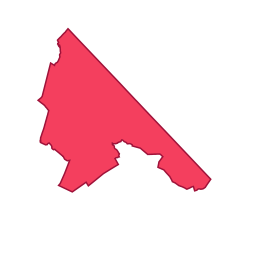 outline of Amatenango de la Frontera, Chiapas, Mexico, rotated 287°
{"feature_id": "50627088B96340136292286", "entity_name": "Amatenango de la Frontera", "entity_type": "district", "adm_level": 2, "iso_a3": "MEX", "parent_name": "Mexico", "parent_adm1": "Chiapas", "projection": "albers", "projection_center": [-92.105, 15.523], "detail": "fine", "context": "isolated", "style": "filled", "palette": "rose", "viewbox_px": 256, "rotation_deg": 287, "n_neighbors": 0, "source": "geoboundaries", "source_scale": "gbopen_adm2", "svg_char_len": 4091}
<svg xmlns="http://www.w3.org/2000/svg" viewBox="0 0 256 256"><g transform="rotate(287 128 128)"><path d="M88.6,48.6L88.3,50.4L88.0,52.6L87.8,54.2L88.5,55.6L89.2,55.7L89.8,56.0L90.6,57.0L89.1,59.5L88.1,60.5L86.4,61.1L85.8,62.1L85.5,63.3L86.2,64.2L85.9,64.9L85.6,65.4L85.4,66.0L85.2,66.4L84.9,67.2L84.6,67.9L84.4,68.3L84.3,68.7L84.1,69.1L83.9,69.5L83.8,69.8L83.6,70.2L83.4,70.6L83.3,71.0L82.8,72.1L82.6,72.4L82.5,72.9L82.3,73.3L82.1,73.7L82.0,74.0L81.9,74.0L81.9,74.3L81.5,74.7L79.7,76.5L79.1,78.6L79.0,79.1L78.9,79.4L79.1,79.9L80.0,81.7L66.0,80.7L55.1,79.4L52.8,78.4L50.6,93.4L63.9,103.8L61.1,107.0L65.5,110.0L77.3,117.9L84.0,123.8L90.3,129.4L95.0,124.5L95.7,125.0L96.1,125.4L96.4,125.9L96.7,126.8L97.0,127.0L97.5,127.2L97.8,127.6L97.9,128.0L98.6,127.5L99.0,127.3L99.4,127.2L99.8,127.2L100.3,127.3L100.8,127.3L101.0,127.1L101.2,126.6L101.8,126.0L102.2,125.6L102.7,125.0L103.3,124.3L104.0,123.3L104.1,122.6L104.3,121.9L104.4,121.6L104.7,121.1L105.3,120.7L105.7,120.5L106.2,120.4L106.8,120.0L107.1,119.3L107.3,118.6L107.5,118.0L108.5,117.6L108.9,117.5L108.7,118.4L108.7,118.7L109.4,120.8L109.8,121.4L110.5,122.4L110.6,122.5L111.0,122.5L111.6,123.2L111.9,123.6L113.0,125.2L113.5,125.2L113.8,125.2L114.2,125.3L114.8,125.5L114.9,126.0L114.8,126.5L114.7,126.7L114.5,127.2L114.3,127.6L114.2,127.8L113.9,128.2L113.8,129.0L113.8,129.5L113.8,129.9L113.7,130.2L113.5,130.7L113.3,131.1L113.2,131.2L113.2,131.3L112.7,131.9L112.8,132.3L113.0,132.9L113.2,133.2L113.3,133.4L113.5,134.0L113.7,134.8L113.6,135.3L113.5,135.6L113.4,136.0L113.2,136.9L113.0,137.0L112.6,137.2L112.1,137.3L112.3,144.9L112.3,145.7L108.5,154.6L110.1,159.3L110.4,160.0L110.9,161.6L111.2,162.5L111.5,163.2L112.1,165.2L112.3,165.5L112.3,166.7L111.9,167.4L111.7,167.8L111.3,168.6L110.7,169.7L109.6,169.2L109.4,169.2L108.0,168.7L106.5,168.2L104.6,167.5L104.0,167.6L102.2,167.8L100.2,168.0L99.2,168.1L98.9,170.3L98.8,171.4L98.6,172.9L98.5,174.4L97.6,175.8L96.7,177.2L95.8,178.7L95.0,180.1L94.4,181.0L94.2,181.4L94.0,182.0L93.3,182.6L92.2,183.8L92.0,184.0L90.9,185.1L89.6,186.2L89.6,186.9L89.3,188.6L89.3,189.2L88.8,190.5L88.2,192.3L87.8,193.3L87.8,194.0L87.7,195.0L87.7,195.5L87.7,196.6L87.6,197.3L87.4,198.9L87.3,199.8L87.1,200.3L86.7,202.1L87.1,202.7L87.4,203.0L87.9,203.6L88.7,204.6L88.8,204.7L89.6,205.4L90.0,205.9L90.6,206.6L91.2,207.6L90.2,208.3L89.3,208.9L88.5,209.4L87.9,209.8L87.4,210.1L88.0,211.1L88.8,212.1L89.9,212.7L90.5,213.5L90.6,213.8L90.7,215.2L91.0,216.0L91.2,216.5L91.4,216.9L91.9,217.6L92.1,217.9L92.8,218.4L93.7,219.1L93.8,219.2L95.2,219.6L95.5,219.7L96.9,220.1L98.8,220.7L101.3,221.5L103.2,222.1L135.4,165.3L146.9,144.8L155.4,129.9L156.2,128.5L157.1,126.8L160.5,120.9L163.5,115.6L169.8,104.6L198.0,54.6L205.2,42.0L205.4,41.6L203.5,40.8L201.8,40.1L201.4,40.1L200.2,39.3L199.8,39.1L199.4,38.9L199.0,38.7L198.8,38.6L198.7,38.5L198.3,38.3L198.0,38.2L197.4,37.9L197.2,37.8L196.0,37.3L194.8,36.6L194.3,36.3L193.7,36.0L192.3,35.3L191.5,34.9L191.4,34.9L191.0,35.1L190.2,36.0L189.7,36.6L189.3,36.6L188.5,36.5L188.3,36.1L188.0,36.2L187.8,36.2L187.7,36.5L187.2,36.7L187.0,36.9L187.0,37.2L187.2,37.5L187.1,37.8L186.9,38.0L186.7,38.2L186.5,37.9L186.4,37.7L186.2,37.7L185.9,38.0L185.7,38.3L185.6,38.8L185.9,39.1L186.0,39.1L185.7,39.3L185.4,39.2L185.1,39.3L185.1,39.6L184.7,39.8L184.4,39.9L183.9,40.0L183.3,40.3L182.4,40.6L181.8,40.7L181.1,41.2L180.5,41.5L179.6,41.6L179.2,41.4L178.4,41.2L177.8,41.2L177.1,41.6L176.7,41.9L176.1,41.9L175.5,42.1L174.9,42.0L174.2,41.9L173.2,41.8L172.1,41.7L171.2,41.5L170.2,41.2L169.5,40.6L168.8,39.9L168.1,39.6L167.1,39.3L166.4,39.4L167.5,35.0L165.7,35.1L133.1,36.7L131.4,36.0L128.2,33.9L126.5,38.2L126.3,38.9L125.6,40.6L125.6,40.8L125.4,41.0L125.3,41.5L125.2,41.6L124.8,42.2L124.2,42.9L123.3,44.5L122.2,45.9L121.5,47.1L118.3,47.2L117.3,47.3L116.4,47.3L115.4,47.3L114.0,47.3L112.8,47.4L111.6,47.4L109.8,47.4L108.9,47.5L108.0,47.5L106.5,47.5L105.0,47.6L103.7,47.6L103.3,47.6L103.0,47.6L101.7,47.6L99.9,47.5L97.8,47.4L95.6,47.4L93.5,47.3L93.0,47.3L91.1,47.8L90.8,47.9L90.7,48.0L89.2,48.6L89.5,48.0L89.2,48.1L89.0,48.4L88.8,48.6L88.6,48.6Z" fill="#f43f5e" stroke="#9f1239" stroke-width="1.5"/></g></svg>